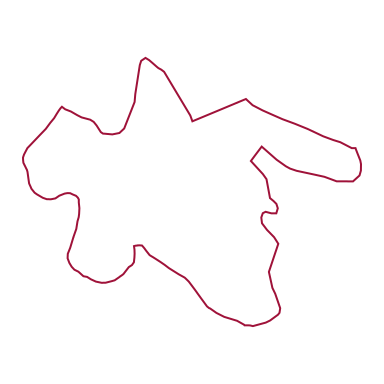 outline of Fuwwa, Kafr ash Shaykh, Egypt
{"feature_id": "37247803B18830247212538", "entity_name": "Fuwwa", "entity_type": "district", "adm_level": 2, "iso_a3": "EGY", "parent_name": "Egypt", "parent_adm1": "Kafr ash Shaykh", "projection": "albers", "projection_center": [30.568, 31.231], "detail": "fine", "context": "isolated", "style": "outline", "palette": "rose", "viewbox_px": 384, "rotation_deg": 0, "n_neighbors": 0, "source": "geoboundaries", "source_scale": "gbopen_adm2", "svg_char_len": 2605}
<svg xmlns="http://www.w3.org/2000/svg" viewBox="0 0 384 384"><path d="M355.5,148.1L351.7,148.1L340.3,142.2L333.2,140.0L323.2,136.3L315.4,132.6L307.5,128.9L294.7,123.7L282.5,119.2L272.5,114.8L262.6,110.4L252.6,105.2L245.9,99.0L221.5,109.2L192.4,121.3L190.3,115.5L176.8,93.0L164.1,71.8L161.2,69.6L158.4,68.1L156.8,66.8L152.6,63.1L149.1,60.1L145.5,57.9L141.2,60.8L139.8,65.1L135.3,94.0L134.6,102.0L124.2,128.5L119.4,133.0L112.3,134.4L104.6,133.7L103.0,133.6L100.8,132.1L98.7,128.8L96.6,125.5L93.7,121.9L90.2,119.7L81.6,117.4L77.3,115.2L70.9,111.5L65.2,109.3L62.2,107.0L62.0,106.9L61.9,106.8L61.3,107.4L60.4,108.4L58.8,110.6L56.7,113.9L54.1,118.2L50.3,122.8L45.8,128.9L40.1,134.8L36.4,138.7L34.3,140.9L30.2,145.2L27.4,148.1L25.5,151.7L24.0,154.6L23.0,157.6L23.1,160.1L23.4,162.8L24.7,165.4L24.7,165.5L24.8,165.6L26.3,168.7L26.9,169.8L27.5,171.9L28.6,179.9L29.1,183.4L29.8,185.0L30.5,186.5L31.4,188.7L34.6,192.7L37.0,194.4L42.8,197.8L46.8,199.2L48.0,199.2L50.8,199.3L55.4,198.4L59.3,195.7L64.6,193.6L67.4,193.1L70.2,193.2L72.6,194.4L76.0,195.8L77.8,197.6L78.0,197.9L78.1,198.2L78.8,199.4L78.8,202.4L79.4,208.2L79.1,214.1L78.7,217.2L77.5,221.3L76.3,228.9L73.5,236.9L73.5,237.1L73.4,237.2L70.2,247.8L67.8,253.8L67.6,258.3L69.4,263.0L71.7,266.8L74.4,269.7L78.4,271.7L83.4,276.2L83.6,276.2L83.8,276.3L87.1,276.9L90.9,279.3L95.9,281.6L101.6,282.8L105.7,282.7L111.6,281.2L114.7,280.3L119.6,276.9L120.0,276.5L121.7,275.4L123.4,274.1L128.8,267.1L131.9,265.1L132.0,265.0L133.9,262.3L134.4,257.7L134.6,253.7L134.5,250.4L134.5,249.8L134.0,246.1L135.5,245.7L137.4,245.5L137.5,245.4L138.3,245.4L139.0,245.3L142.0,245.5L143.3,247.0L144.3,248.2L146.2,250.8L149.6,255.1L151.0,256.0L153.2,257.3L160.5,262.0L164.7,264.9L168.9,268.1L178.9,274.4L179.1,274.5L179.3,274.6L180.0,275.0L183.6,277.0L184.8,277.7L187.6,280.4L188.8,281.6L193.0,287.2L194.8,289.6L196.9,292.5L197.3,293.1L200.7,297.8L207.0,306.4L209.1,308.1L210.0,308.4L213.3,310.7L216.4,312.9L224.3,316.9L225.3,317.2L237.1,320.8L244.2,324.8L244.5,325.3L246.5,325.3L250.0,325.4L252.9,326.1L265.8,322.6L270.1,320.5L278.0,314.7L279.5,312.8L280.2,308.2L275.2,293.7L272.4,287.9L268.9,271.9L275.1,253.3L278.3,243.8L277.1,241.9L274.1,237.2L267.0,229.9L262.0,223.3L261.3,217.5L262.8,213.2L265.6,211.8L271.3,213.3L276.3,213.3L277.8,208.3L276.4,203.9L273.5,201.0L270.0,198.1L266.5,179.2L262.9,174.1L250.9,161.0L254.6,156.0L261.7,146.6L276.6,159.7L285.9,166.3L290.1,168.6L296.6,170.8L314.4,174.6L324.4,176.8L329.6,178.7L336.6,181.3L353.0,181.4L359.5,175.5L360.9,170.6L361.0,164.1L360.3,160.5L357.4,153.2L356.0,149.6L355.5,148.1Z" fill="none" stroke="#9f1239" stroke-width="2"/></svg>